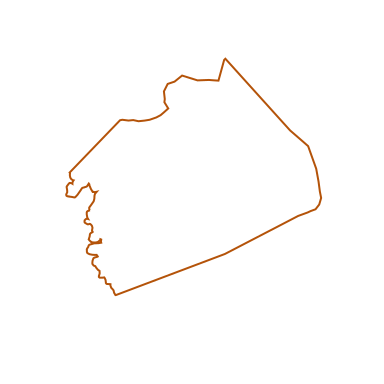 outline of Mongomoyen, Wele-Nzás, Equatorial Guinea, rotated 35°
{"feature_id": "11065452B2915005607236", "entity_name": "Mongomoyen", "entity_type": "district", "adm_level": 2, "iso_a3": "GNQ", "parent_name": "Equatorial Guinea", "parent_adm1": "Wele-Nzás", "projection": "robinson", "projection_center": [11.002, 1.641], "detail": "fine", "context": "isolated", "style": "outline", "palette": "amber", "viewbox_px": 384, "rotation_deg": 35, "n_neighbors": 0, "source": "geoboundaries", "source_scale": "gbopen_adm2", "svg_char_len": 4311}
<svg xmlns="http://www.w3.org/2000/svg" viewBox="0 0 384 384"><g transform="rotate(35 192 192)"><path d="M142.9,63.7L142.6,65.4L149.8,85.6L146.0,87.9L141.6,90.5L132.5,97.4L117.1,102.3L114.4,111.6L110.1,117.4L110.3,118.8L110.5,120.2L111.3,125.7L116.4,131.5L117.9,134.3L124.6,137.2L123.3,142.9L122.2,147.1L120.0,151.4L115.9,157.1L112.2,160.7L107.6,164.7L102.6,166.8L99.0,169.9L93.5,172.8L91.9,174.5L80.6,246.3L81.3,246.6L82.3,248.3L82.5,248.5L83.9,249.9L84.2,250.1L84.5,250.2L85.8,250.7L86.0,250.7L87.3,250.7L87.6,250.7L87.8,250.6L88.3,250.4L88.3,250.7L88.3,251.2L88.6,252.7L88.8,253.0L89.0,253.4L89.3,253.8L88.9,253.8L88.7,253.9L87.3,254.3L87.2,254.4L87.0,254.5L86.8,254.7L86.6,254.8L86.6,255.0L86.4,255.3L86.3,255.6L86.3,255.8L86.2,258.9L86.3,259.2L86.3,259.5L86.4,259.8L86.6,260.0L88.5,261.9L89.9,263.7L90.2,265.3L90.3,265.8L90.3,266.0L90.5,266.3L90.7,266.6L90.8,266.7L91.1,266.8L91.3,267.0L91.5,267.1L91.8,267.0L92.1,267.0L92.3,267.0L93.9,266.3L93.9,266.2L94.0,266.2L96.5,264.9L98.4,264.1L98.7,263.9L99.1,263.7L99.2,263.2L99.4,262.9L99.8,260.0L99.8,259.9L99.8,259.7L99.8,257.1L99.8,254.5L99.8,254.4L99.7,252.5L99.8,251.5L101.1,250.0L101.1,249.9L102.3,248.4L102.4,248.2L102.5,248.1L102.6,247.8L102.7,247.6L102.7,247.4L102.7,247.2L102.6,244.3L103.5,244.6L104.2,245.5L104.5,245.6L104.7,245.8L105.8,246.4L107.1,247.3L107.3,247.4L109.9,248.6L110.2,248.7L110.5,248.8L110.6,248.7L110.7,248.8L110.9,248.6L111.2,248.6L112.7,247.6L112.8,247.5L113.0,247.4L113.8,246.5L113.6,248.5L113.6,249.0L113.6,249.3L113.7,249.5L114.4,251.3L114.5,251.4L114.6,251.5L115.9,253.6L116.8,256.1L116.8,261.2L116.7,263.1L116.8,263.4L116.8,263.7L116.9,263.8L116.9,264.0L117.1,264.2L117.2,264.4L117.8,265.1L118.0,265.2L118.1,265.3L118.3,265.4L118.5,265.5L118.9,265.6L119.0,265.5L118.7,265.8L117.7,267.1L117.6,267.4L117.4,267.6L117.4,267.8L117.4,268.2L117.3,268.5L117.4,268.8L117.5,269.0L117.6,269.3L118.7,270.8L118.8,270.9L118.9,271.0L120.8,272.9L121.1,273.1L121.3,273.2L122.4,273.7L121.5,274.0L121.2,274.3L120.9,274.5L120.7,274.9L120.5,275.3L120.4,276.1L120.4,276.4L120.3,276.7L120.4,276.9L120.4,277.0L120.6,277.3L120.7,277.5L121.0,278.0L121.3,278.2L121.5,278.5L122.0,278.6L122.3,278.6L124.7,278.4L124.9,278.3L125.1,278.3L125.3,278.2L125.6,277.9L125.8,277.7L126.3,276.9L126.9,276.6L128.3,276.7L129.6,277.2L131.0,278.4L131.3,279.0L132.0,280.6L132.2,280.8L132.3,281.0L132.5,281.2L132.8,281.3L133.0,281.4L133.5,281.6L133.6,281.8L132.7,283.6L132.6,284.1L132.5,284.5L132.6,284.9L132.7,285.3L133.7,287.2L134.3,289.2L134.3,289.3L134.5,289.6L134.7,289.9L134.7,290.0L134.8,290.0L135.1,290.2L135.3,290.3L135.5,290.4L138.1,290.8L138.2,290.7L138.3,290.8L138.6,290.7L138.9,290.6L139.0,290.6L141.4,289.1L141.6,289.0L141.7,288.9L143.3,287.3L143.3,287.2L143.5,286.9L143.7,286.5L144.2,284.6L144.3,284.3L144.3,284.0L144.3,283.7L144.2,283.6L144.0,283.2L144.9,283.0L145.7,284.6L146.0,285.0L146.2,285.3L146.3,285.3L146.7,285.6L144.7,287.6L141.3,290.2L141.2,290.3L138.5,293.7L138.3,294.0L138.1,294.4L138.1,294.9L138.1,295.3L138.5,296.5L138.5,298.4L138.6,298.5L138.7,299.0L138.7,299.3L138.8,299.4L138.9,299.5L140.3,301.4L140.6,301.6L140.9,301.8L141.0,301.9L141.3,301.9L141.6,302.0L143.4,301.8L143.6,301.7L143.8,301.7L146.3,300.6L148.6,299.2L149.9,298.2L151.4,298.7L151.8,298.9L151.5,299.5L149.7,301.7L149.7,301.8L149.5,302.2L149.3,302.5L149.4,303.0L149.4,303.4L149.4,303.5L150.0,305.4L150.1,305.6L150.2,305.8L151.2,307.5L151.3,307.6L151.6,307.9L151.8,308.1L152.0,308.1L153.3,308.6L153.7,308.6L154.1,308.6L155.3,308.2L156.6,308.8L156.8,308.9L159.6,309.7L159.9,309.7L160.1,309.7L161.4,309.6L162.2,310.5L163.2,311.9L163.8,313.9L163.9,314.1L164.0,314.4L164.1,314.5L164.4,314.8L164.5,315.0L164.8,315.1L165.1,315.1L165.3,315.1L165.5,315.1L165.8,314.9L166.0,314.8L168.1,313.3L168.1,313.2L169.1,312.3L169.9,312.6L171.6,313.6L173.5,315.7L173.6,315.9L173.8,316.0L174.0,316.1L174.3,316.2L174.5,316.2L174.9,316.2L175.1,316.1L175.3,316.0L177.5,314.6L178.1,314.3L178.4,314.8L178.6,315.1L178.8,315.4L180.5,316.6L180.8,316.7L181.1,316.9L182.5,317.1L184.2,317.6L185.7,319.0L185.9,319.1L186.1,319.3L188.2,320.2L188.4,320.2L188.5,320.3L188.7,320.2L254.5,223.9L278.1,178.7L278.9,177.2L292.7,150.7L298.5,142.4L300.1,139.6L303.1,135.3L303.4,129.3L301.2,122.8L296.5,118.3L289.7,110.9L280.4,101.7L260.8,87.8L237.0,85.3L142.9,63.7Z" fill="none" stroke="#b45309" stroke-width="2"/></g></svg>